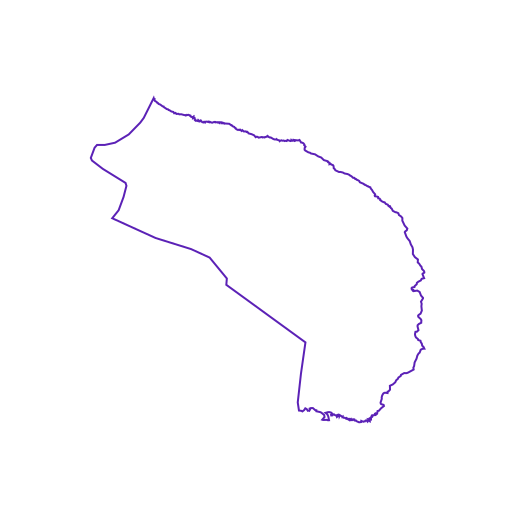 outline of Mitsamiouli-Mboudé, Andjazîdja, Comoros, rotated 114°
{"feature_id": "10938185B67203865227918", "entity_name": "Mitsamiouli-Mboudé", "entity_type": "district", "adm_level": 2, "iso_a3": "COM", "parent_name": "Comoros", "parent_adm1": "Andjazîdja", "projection": "equal_earth", "projection_center": [43.317, -11.447], "detail": "fine", "context": "isolated", "style": "outline", "palette": "violet", "viewbox_px": 512, "rotation_deg": 114, "n_neighbors": 0, "source": "geoboundaries", "source_scale": "gbopen_adm2", "svg_char_len": 6023}
<svg xmlns="http://www.w3.org/2000/svg" viewBox="0 0 512 512"><g transform="rotate(114 256 256)"><path d="M379.7,153.9L379.0,151.6L379.1,150.4L377.1,149.3L375.1,149.0L375.2,147.5L376.3,145.7L375.8,145.2L375.8,144.4L374.1,144.2L373.5,144.9L372.6,144.0L371.8,142.2L372.7,139.3L372.4,138.1L373.3,137.7L372.5,134.0L372.5,132.7L373.5,129.1L375.2,127.9L378.6,128.9L378.5,128.0L376.9,124.7L376.8,123.4L376.3,122.5L373.3,124.6L371.7,126.3L371.0,128.7L369.3,126.6L368.7,125.2L368.5,123.3L369.2,122.2L370.5,122.9L371.1,122.4L370.5,121.3L369.4,121.1L368.9,120.5L369.2,119.6L369.2,117.4L370.1,116.6L369.2,116.2L368.1,117.0L367.3,116.1L367.3,115.4L368.4,114.7L367.3,114.7L367.7,112.0L368.0,111.7L367.4,111.4L368.0,111.0L368.1,110.0L367.7,109.3L367.8,108.1L367.1,107.5L367.3,106.8L367.9,106.8L367.7,106.0L367.9,104.3L366.9,104.7L366.5,103.8L366.8,103.2L367.4,103.4L367.6,103.0L367.0,102.4L367.0,102.0L366.1,102.0L366.5,101.1L365.3,100.2L365.3,99.8L366.0,99.7L366.2,99.0L365.6,97.8L366.0,97.2L366.0,94.2L365.0,92.5L363.8,92.8L363.8,90.6L363.1,90.0L362.9,89.3L361.7,89.0L361.1,88.2L361.0,87.8L361.6,87.6L361.9,86.8L360.5,86.9L360.6,85.9L359.9,86.3L359.9,85.7L360.6,85.6L360.7,84.8L359.5,85.3L359.2,86.2L358.9,85.1L358.6,86.4L358.3,86.4L357.7,85.9L358.4,84.9L358.4,84.5L357.7,84.8L357.1,85.6L356.4,85.4L355.7,84.4L355.1,84.4L354.6,85.3L354.3,85.2L352.8,82.3L351.7,83.2L351.0,82.7L351.2,81.4L350.8,81.2L348.2,81.9L347.4,80.8L344.2,79.8L341.0,78.1L340.1,78.9L340.4,81.4L340.1,82.0L339.2,82.6L335.3,83.0L334.0,83.7L332.1,84.0L329.9,83.8L328.9,83.2L328.4,82.5L327.7,80.1L326.4,80.6L325.8,79.9L323.6,79.2L320.1,80.9L317.7,78.8L314.7,77.4L312.6,77.4L310.4,76.4L309.2,76.5L306.7,75.0L305.6,75.2L302.7,73.0L301.7,70.7L300.6,69.6L295.6,65.8L294.1,66.8L292.2,66.8L288.7,67.8L284.5,67.6L281.3,68.1L278.9,67.8L277.7,67.2L274.6,67.4L272.9,66.0L272.2,64.5L270.9,66.0L270.3,67.7L268.5,69.0L267.9,70.2L266.5,71.3L266.8,73.6L266.0,74.3L265.3,76.8L264.1,78.1L262.7,79.0L260.4,79.5L259.7,78.2L257.7,77.4L254.6,79.8L253.5,80.2L251.9,79.6L249.8,77.9L247.4,78.8L246.6,79.9L245.6,82.9L244.8,83.6L243.8,83.5L241.7,82.2L238.4,82.3L234.6,84.5L232.3,85.2L230.6,86.7L226.8,86.2L226.3,86.4L225.0,89.2L222.3,91.9L222.0,94.6L224.1,97.9L224.0,98.4L223.0,98.6L223.3,100.0L222.1,100.8L221.2,100.5L219.9,98.6L218.9,98.8L216.5,97.7L215.1,98.1L213.5,97.3L211.3,95.5L209.5,95.4L207.9,93.4L204.8,96.6L204.3,96.6L202.8,95.5L202.3,95.6L201.3,96.6L200.4,99.0L198.4,100.6L198.0,101.8L196.6,103.9L196.1,105.6L193.3,106.7L192.4,110.4L190.4,113.5L186.3,115.2L184.4,116.6L182.4,119.3L179.8,121.7L178.3,124.7L177.1,126.5L173.7,129.8L172.9,129.7L171.2,128.7L169.4,128.9L167.7,132.6L164.2,136.7L161.8,137.7L160.9,139.4L160.4,142.1L159.0,143.4L159.0,145.6L159.3,146.4L159.1,149.4L157.5,151.3L157.4,152.2L156.5,153.3L156.7,153.8L156.0,154.1L156.4,155.3L155.5,156.5L155.6,158.6L154.6,160.4L154.9,161.1L154.9,162.9L154.4,165.3L153.8,165.4L153.3,166.5L153.6,167.8L152.4,168.5L152.5,169.7L153.0,171.6L152.6,172.1L151.2,172.2L149.8,175.2L148.6,176.7L147.5,178.9L146.8,179.4L146.7,180.2L147.0,181.5L146.7,181.9L146.9,182.9L146.6,184.1L146.8,185.2L146.4,186.0L146.6,186.7L146.3,187.3L146.4,191.1L145.5,192.2L145.3,193.4L145.4,195.1L145.0,195.6L145.3,196.7L144.7,197.6L144.6,198.1L145.1,199.0L144.3,201.3L144.2,203.2L143.9,203.6L143.9,205.7L144.6,208.7L144.4,210.6L144.9,213.2L145.5,214.3L145.4,218.4L144.4,219.7L144.3,220.6L142.2,221.8L141.6,222.9L141.8,223.4L141.7,225.2L142.1,225.9L141.4,225.8L141.3,226.9L140.9,227.0L141.0,228.1L140.5,228.5L140.7,228.9L140.3,229.4L140.8,233.0L139.5,236.5L139.7,239.7L139.1,243.4L140.0,247.6L139.7,248.6L140.0,250.4L139.6,253.9L139.2,254.8L137.6,255.5L136.0,255.2L135.2,257.0L134.5,257.1L133.7,258.6L133.7,260.3L134.0,260.9L132.3,263.5L133.3,264.5L134.3,267.7L134.9,267.2L135.2,267.5L134.7,268.4L134.7,269.2L135.8,269.3L136.0,270.2L135.7,271.0L136.7,270.9L137.0,271.3L137.2,274.5L138.5,274.7L139.0,276.5L139.4,276.8L139.3,277.8L140.0,278.9L140.0,279.9L140.9,280.7L140.9,281.3L141.3,281.3L141.0,281.9L141.2,284.2L140.9,284.7L141.4,284.9L141.7,286.0L141.9,286.2L142.1,287.6L141.7,290.8L142.1,291.3L142.1,292.8L141.7,294.0L142.1,294.0L142.3,294.7L142.7,294.7L143.7,296.2L144.2,296.3L144.7,298.2L145.0,298.3L145.0,299.2L146.8,301.7L146.5,303.0L146.8,304.0L147.6,304.6L146.5,306.9L146.5,309.6L147.0,312.7L146.4,313.6L146.1,314.6L146.6,315.1L146.3,316.0L147.2,317.8L146.6,319.7L147.6,320.0L147.3,320.9L147.5,321.8L147.1,322.0L147.7,323.2L148.2,323.6L148.2,325.1L147.9,326.4L147.4,326.7L147.4,327.6L146.9,328.4L147.0,329.8L146.4,331.4L146.7,331.6L146.1,334.2L147.5,338.1L147.9,338.6L147.6,339.2L148.1,339.8L147.7,340.3L147.8,341.1L148.2,341.1L148.1,341.8L148.6,341.9L148.2,342.6L148.6,343.2L148.5,343.5L149.0,344.3L149.3,344.1L149.2,344.9L149.6,345.1L149.5,345.7L149.8,346.0L150.1,347.7L150.5,347.7L150.6,348.8L152.1,350.3L152.2,352.1L152.5,352.5L152.2,352.7L152.2,353.1L152.6,353.7L152.5,354.1L152.7,354.4L153.0,354.0L153.4,356.0L154.3,357.1L154.8,356.9L154.9,357.3L154.9,357.7L154.4,357.8L154.6,358.2L155.4,358.4L155.6,359.6L154.6,361.6L154.8,361.7L155.3,361.0L155.8,362.3L155.6,363.0L156.0,363.0L155.4,364.2L156.4,364.3L156.5,365.3L157.0,365.9L156.9,366.4L156.5,366.1L156.4,366.9L155.8,367.2L155.6,368.6L155.1,368.6L155.4,369.2L154.6,369.5L155.3,369.8L154.8,370.0L155.3,370.2L154.9,370.7L155.3,371.7L154.9,372.3L154.8,373.3L154.4,373.3L154.5,375.2L155.2,376.1L155.2,376.6L156.2,377.2L156.0,378.0L156.4,378.6L156.9,381.9L157.8,383.7L157.6,384.6L158.6,386.5L158.0,387.7L158.9,388.8L158.0,390.1L158.4,392.1L158.0,394.4L158.2,395.2L157.8,396.0L158.1,397.5L157.9,398.0L157.5,400.6L157.0,401.2L157.3,402.1L156.6,405.0L156.7,406.9L156.2,407.5L156.2,408.7L155.7,409.3L155.4,411.5L154.5,412.5L153.9,412.5L153.9,413.3L153.4,413.7L175.5,414.7L181.3,416.0L196.7,421.7L209.8,430.8L216.1,439.4L219.2,446.4L222.7,447.5L233.6,446.8L235.5,444.7L238.7,431.4L242.3,404.9L244.6,402.9L256.0,401.0L270.1,400.1L280.0,402.7L280.4,355.0L276.1,318.2L276.3,297.7L288.4,273.5L294.4,271.4L314.8,175.7L345.1,167.1L372.8,158.3L379.7,153.9Z" fill="none" stroke="#5b21b6" stroke-width="2"/></g></svg>